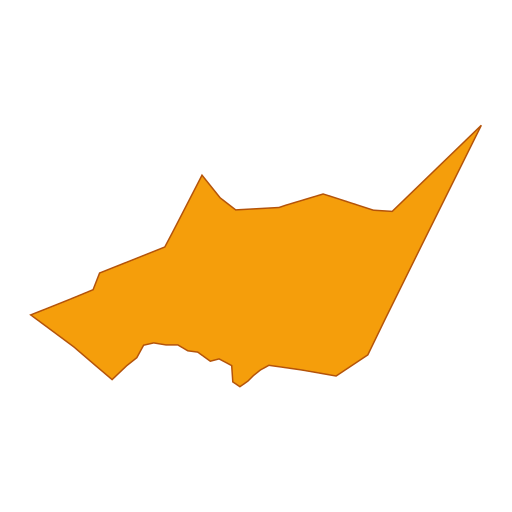 Buenos Aires, Pernambuco, Brazil (Mercator projection)
{"feature_id": "56859067B80815357525699", "entity_name": "Buenos Aires", "entity_type": "district", "adm_level": 2, "iso_a3": "BRA", "parent_name": "Brazil", "parent_adm1": "Pernambuco", "projection": "mercator", "projection_center": [-35.358, -7.727], "detail": "fine", "context": "isolated", "style": "filled", "palette": "amber", "viewbox_px": 512, "rotation_deg": 0, "n_neighbors": 0, "source": "geoboundaries", "source_scale": "gbopen_adm2", "svg_char_len": 654}
<svg xmlns="http://www.w3.org/2000/svg" viewBox="0 0 512 512"><path d="M367.8,354.9L385.1,319.2L422.4,243.8L481.3,125.3L392.2,211.4L373.4,210.2L348.7,202.2L333.0,197.1L323.1,194.0L285.8,205.2L279.0,207.5L235.7,209.9L220.2,197.9L202.0,175.2L182.7,212.7L172.2,233.0L164.8,247.0L99.6,273.0L93.1,289.7L67.9,300.1L30.7,314.9L73.7,346.8L95.6,365.6L112.1,379.6L126.8,365.6L136.8,357.7L143.6,345.2L153.7,342.9L165.9,344.9L177.8,344.9L187.8,350.8L197.7,352.1L210.3,361.2L219.1,358.9L231.7,365.6L232.8,381.9L239.9,386.7L247.9,381.1L253.5,375.5L260.5,369.9L268.9,365.3L301.2,369.9L336.1,376.0L367.8,354.9Z" fill="#f59e0b" stroke="#b45309" stroke-width="1.5"/></svg>